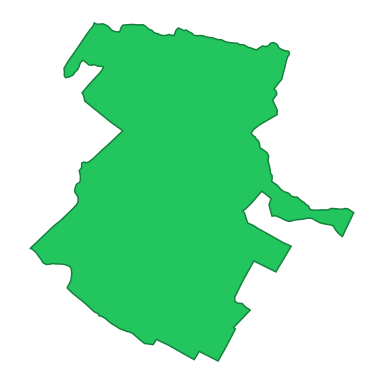 Kiambaa, Central, Kenya
{"feature_id": "3690345B47179274610537", "entity_name": "Kiambaa", "entity_type": "district", "adm_level": 2, "iso_a3": "KEN", "parent_name": "Kenya", "parent_adm1": "Central", "projection": "orthographic", "projection_center": [36.767, -1.165], "detail": "fine", "context": "isolated", "style": "filled", "palette": "green", "viewbox_px": 384, "rotation_deg": 0, "n_neighbors": 0, "source": "geoboundaries", "source_scale": "gbopen_adm2", "svg_char_len": 3767}
<svg xmlns="http://www.w3.org/2000/svg" viewBox="0 0 384 384"><path d="M94.2,23.0L93.3,25.7L90.4,29.4L86.9,33.9L84.5,37.6L79.7,44.7L73.8,53.3L68.9,60.1L64.0,68.3L64.4,72.4L64.3,75.7L65.6,77.7L68.9,77.0L73.1,75.0L74.9,72.3L77.8,69.3L78.9,67.1L80.4,62.6L82.9,60.2L84.9,61.6L87.0,63.3L88.8,64.8L91.6,65.3L94.2,64.5L97.3,66.0L100.6,66.3L103.2,66.6L102.5,69.4L99.7,73.0L89.3,84.2L82.0,92.8L83.4,95.2L84.4,98.7L84.7,101.0L100.6,113.9L111.4,122.6L117.8,127.2L122.8,130.8L121.1,132.4L107.3,145.5L103.7,148.6L101.7,150.4L99.6,152.5L96.1,155.8L92.3,159.3L90.5,160.6L88.4,162.2L86.2,162.7L84.0,162.0L81.9,162.8L81.4,168.2L79.2,170.5L80.1,174.4L80.4,176.6L80.1,181.7L78.4,183.2L76.5,184.2L75.5,186.9L74.9,189.2L74.6,191.5L76.0,193.8L77.2,195.7L78.1,197.8L78.1,201.0L77.4,203.3L76.2,205.1L74.1,207.4L69.1,212.4L59.6,221.4L57.0,223.3L54.5,225.3L30.3,248.3L33.0,249.8L35.1,251.7L36.7,253.1L37.8,255.1L39.2,257.0L40.9,259.2L42.9,262.6L46.2,264.5L49.6,264.2L53.3,263.5L55.4,263.9L57.6,263.9L60.0,264.0L63.1,264.2L66.4,265.0L69.7,266.5L71.2,268.4L71.6,271.6L71.6,275.9L71.0,279.5L69.8,282.9L68.3,285.4L67.1,287.9L72.0,292.7L80.9,299.9L84.7,303.0L94.1,311.7L98.0,313.6L99.1,315.8L101.6,316.3L105.4,318.5L108.0,320.8L111.2,323.4L114.0,325.1L116.5,326.6L119.6,328.6L121.7,329.4L124.6,330.4L126.9,331.5L129.4,331.9L131.8,333.0L133.9,334.5L136.9,337.1L140.1,340.0L142.3,341.7L144.4,343.4L153.1,344.6L154.5,342.5L156.4,339.5L168.0,344.9L171.9,347.1L184.0,354.0L194.3,359.6L199.2,351.4L218.1,361.0L226.1,346.8L235.4,329.0L233.6,327.5L250.2,310.1L247.9,308.5L245.9,307.2L244.2,305.8L242.4,303.7L239.8,303.2L237.5,303.2L235.0,301.1L234.6,297.7L235.6,295.5L242.7,281.1L253.8,261.0L275.9,271.9L291.2,246.2L283.0,242.6L265.6,232.7L257.4,228.2L255.6,226.9L253.4,225.5L247.6,222.9L244.5,213.0L242.5,211.2L245.5,209.0L249.3,205.3L252.4,202.1L253.9,200.3L259.1,194.2L261.7,191.3L264.7,193.4L271.1,198.5L269.0,204.9L272.0,216.1L275.7,215.8L280.3,217.6L283.0,219.1L285.9,220.4L289.0,221.3L291.3,221.1L293.9,220.1L297.3,219.7L302.7,219.2L308.2,218.1L312.3,218.5L314.8,220.0L316.7,221.1L320.0,222.8L323.8,223.8L328.1,224.5L331.2,225.0L333.2,226.0L334.8,228.7L336.3,230.8L338.1,233.0L340.5,235.2L342.4,236.5L353.7,212.7L350.7,210.7L347.8,208.8L345.0,208.5L342.4,209.2L339.2,209.1L335.2,208.7L331.5,208.4L327.4,210.0L323.5,209.9L321.0,209.9L317.9,210.1L314.2,210.2L311.4,209.9L309.5,208.7L308.7,206.2L306.1,204.6L304.1,202.5L302.0,201.2L299.4,199.2L297.2,197.1L294.8,197.1L291.2,196.1L289.3,193.7L287.2,192.6L284.1,191.7L281.1,189.6L279.0,187.2L277.0,185.0L274.4,183.3L271.6,181.4L272.1,179.2L272.1,175.4L270.5,173.3L270.0,168.4L269.0,164.7L268.1,161.3L268.6,155.9L267.4,153.3L265.5,151.4L262.8,149.6L260.0,147.7L259.5,144.0L258.5,141.0L256.4,139.2L255.0,136.8L253.1,135.7L251.1,133.1L253.5,129.6L259.3,125.0L266.6,120.7L273.2,116.9L277.1,114.6L277.2,110.0L272.7,100.2L276.9,94.2L276.0,90.9L274.1,88.9L278.1,83.7L281.6,79.4L285.1,66.2L286.1,61.6L287.4,57.3L289.5,53.9L288.8,51.3L284.6,50.6L281.1,49.2L278.7,47.6L277.6,45.0L275.7,43.5L273.5,42.6L270.5,43.2L268.5,45.7L265.6,46.7L262.9,45.9L260.7,47.0L258.5,48.5L256.6,49.8L254.4,49.4L251.6,48.2L248.2,47.3L245.3,45.5L242.5,44.7L239.5,44.7L237.7,43.2L235.5,43.2L231.8,42.8L228.0,42.4L224.8,41.5L221.7,39.8L218.0,39.6L215.1,38.7L212.2,37.7L209.6,37.5L206.5,37.1L203.4,35.8L200.4,35.5L197.2,35.7L194.0,35.4L192.1,33.4L189.5,32.1L186.1,30.0L183.6,30.7L181.5,29.3L178.1,28.0L175.9,30.5L175.0,33.0L174.1,35.5L171.0,35.2L168.8,34.5L165.6,35.5L161.5,35.4L157.9,33.8L154.5,32.9L151.8,30.3L148.5,29.0L146.1,26.8L143.5,24.9L139.4,24.8L136.0,24.8L133.7,24.5L131.4,24.5L126.8,24.8L122.7,25.2L121.3,27.1L119.6,31.9L116.1,31.8L113.0,30.9L110.6,29.1L108.3,26.3L105.3,24.8L102.9,23.8L100.0,24.1L96.8,24.2L94.2,23.0Z" fill="#22c55e" stroke="#15803d" stroke-width="1.5"/></svg>